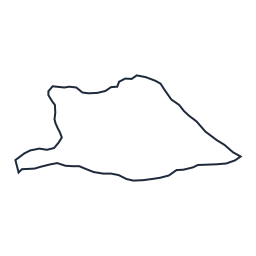 outline of Agios Georgios Ammochostou, Cyprus
{"feature_id": "46923920B20670764204994", "entity_name": "Agios Georgios Ammochostou", "entity_type": "district", "adm_level": 2, "iso_a3": "CYP", "parent_name": "Cyprus", "parent_adm1": "", "projection": "natural_earth1", "projection_center": [33.864, 35.255], "detail": "fine", "context": "isolated", "style": "outline", "palette": "slate", "viewbox_px": 256, "rotation_deg": 0, "n_neighbors": 0, "source": "geoboundaries", "source_scale": "gbopen_adm2", "svg_char_len": 969}
<svg xmlns="http://www.w3.org/2000/svg" viewBox="0 0 256 256"><path d="M52.6,86.3L48.4,91.3L48.4,95.2L52.2,101.4L54.9,104.9L55.3,112.7L54.5,119.3L55.6,123.5L57.9,128.6L59.8,132.1L61.8,137.5L58.7,142.5L54.1,148.0L47.0,149.8L39.3,148.6L30.3,150.4L24.3,153.4L15.4,160.1L18.6,172.5L21.9,169.2L34.5,168.6L40.5,166.8L50.6,164.3L57.2,163.1L65.6,165.8L72.8,166.2L79.3,166.2L84.7,168.5L93.5,172.0L103.1,173.6L111.1,173.6L118.7,175.1L126.4,179.0L133.3,180.6L140.0,180.3L142.8,180.2L152.0,179.0L160.0,177.8L168.8,175.5L176.5,170.1L183.4,169.7L192.9,167.4L197.9,165.0L208.6,164.6L216.3,164.3L226.2,163.5L235.0,160.4L240.6,156.5L232.9,152.2L224.5,144.9L216.7,140.1L205.4,131.6L196.4,121.3L189.2,115.9L183.9,111.0L179.1,104.9L171.3,99.5L164.1,89.2L160.6,83.7L155.2,80.7L145.6,77.1L136.7,75.4L131.7,78.9L125.2,78.6L119.1,81.7L117.2,86.7L111.1,87.1L105.4,91.0L97.3,92.9L88.5,93.3L82.4,92.5L76.3,87.5L69.4,86.7L64.4,87.5L52.6,86.3Z" fill="none" stroke="#1e293b" stroke-width="2"/></svg>